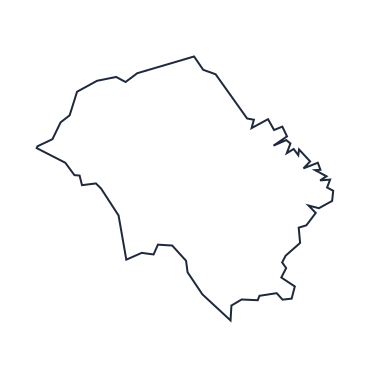 Centar Zhupa, Centar župa, North Macedonia (Equal Earth projection), rotated 163°
{"feature_id": "65306769B61721229469178", "entity_name": "Centar Zhupa", "entity_type": "district", "adm_level": 2, "iso_a3": "MKD", "parent_name": "North Macedonia", "parent_adm1": "Centar župa", "projection": "equal_earth", "projection_center": [20.582, 41.471], "detail": "fine", "context": "isolated", "style": "outline", "palette": "slate", "viewbox_px": 384, "rotation_deg": 163, "n_neighbors": 0, "source": "geoboundaries", "source_scale": "gbopen_adm2", "svg_char_len": 1003}
<svg xmlns="http://www.w3.org/2000/svg" viewBox="0 0 384 384"><g transform="rotate(163 192 192)"><path d="M124.2,91.7L126.4,98.3L121.1,103.7L103.5,111.7L100.4,126.7L92.4,126.7L79.8,135.8L84.5,145.0L75.4,139.4L60.6,142.5L56.6,151.9L61.5,156.8L56.3,163.5L66.1,165.6L58.8,167.7L67.9,176.9L62.7,175.7L63.1,183.2L78.5,182.0L70.1,186.7L77.2,201.4L79.6,196.1L82.2,203.4L90.0,201.4L83.7,209.6L86.7,214.1L100.5,212.5L84.9,217.4L86.5,228.1L95.4,227.3L98.0,239.4L116.3,235.7L111.7,243.0L117.8,246.2L135.0,297.7L145.6,305.6L150.4,321.0L209.6,321.6L223.4,316.6L230.9,324.2L250.3,326.1L272.6,321.5L286.6,301.1L297.3,297.0L310.0,283.3L326.4,280.9L327.7,279.4L304.6,257.0L299.5,242.5L294.7,240.6L295.2,230.7L281.4,228.3L277.9,221.8L269.1,191.0L274.6,146.5L257.9,148.5L247.0,143.5L240.0,151.6L226.6,146.6L217.8,128.0L219.7,116.5L212.0,91.1L192.7,57.9L187.5,71.9L176.0,74.7L160.8,69.3L157.8,73.0L140.6,70.5L136.9,62.6L127.9,60.9L121.3,71.6L131.6,84.1L124.2,91.7Z" fill="none" stroke="#1e293b" stroke-width="2"/></g></svg>